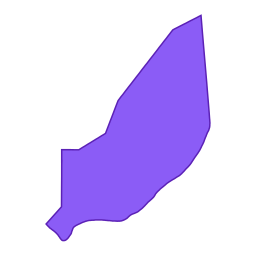 Zamakh wa Manwokh, Hadramawt, Yemen (Albers equal-area conic projection)
{"feature_id": "15242507B25520584620075", "entity_name": "Zamakh wa Manwokh", "entity_type": "district", "adm_level": 2, "iso_a3": "YEM", "parent_name": "Yemen", "parent_adm1": "Hadramawt", "projection": "albers", "projection_center": [47.768, 17.17], "detail": "fine", "context": "isolated", "style": "filled", "palette": "violet", "viewbox_px": 256, "rotation_deg": 0, "n_neighbors": 0, "source": "geoboundaries", "source_scale": "gbopen_adm2", "svg_char_len": 5521}
<svg xmlns="http://www.w3.org/2000/svg" viewBox="0 0 256 256"><path d="M46.1,224.0L47.4,225.5L47.7,225.8L48.4,226.5L48.9,227.0L49.1,227.1L49.4,227.6L50.0,228.1L50.6,228.5L51.2,229.0L51.7,229.4L52.3,229.8L52.9,230.2L52.9,230.3L53.4,230.6L54.0,231.1L54.5,231.5L55.1,232.0L55.7,232.6L56.3,233.1L56.8,233.7L57.4,234.3L57.8,234.8L58.1,235.1L58.2,235.3L58.7,236.1L59.2,236.7L59.6,237.3L59.7,237.5L60.0,237.9L60.1,238.1L60.3,238.4L60.6,238.8L60.8,239.0L61.4,239.7L61.9,240.2L62.1,240.3L62.5,240.5L63.2,240.6L63.9,240.6L64.6,240.5L65.2,240.3L65.3,240.3L65.8,240.0L66.3,239.7L66.9,239.2L67.5,238.6L68.0,238.1L68.4,237.6L68.8,237.0L69.7,235.7L70.1,235.2L70.5,234.6L70.7,234.4L70.9,234.0L71.3,233.3L71.5,232.6L71.6,232.0L71.8,231.4L72.1,230.7L72.3,230.1L72.4,229.8L72.6,229.4L72.8,228.6L73.1,228.1L73.5,227.5L73.7,227.2L74.0,227.0L74.4,226.6L75.0,226.2L75.3,226.0L75.6,225.8L76.2,225.4L76.8,225.1L77.1,225.0L78.0,224.5L78.2,224.4L78.6,224.2L79.4,223.9L79.9,223.7L80.2,223.5L80.9,223.2L81.4,222.9L81.6,222.8L82.4,222.5L82.8,222.3L83.0,222.2L83.7,222.0L84.0,221.9L84.3,221.8L85.1,221.5L85.8,221.2L86.4,221.1L87.0,220.9L87.9,220.7L88.3,220.6L88.7,220.5L89.6,220.4L90.3,220.4L91.0,220.3L92.0,220.2L92.3,220.2L92.6,220.2L93.4,220.2L94.1,220.1L94.4,220.1L94.9,220.0L95.9,219.9L97.0,219.9L97.6,219.9L98.2,219.9L98.4,219.9L99.2,219.9L100.1,219.9L100.9,219.9L101.5,219.9L102.5,220.0L103.2,220.1L103.9,220.1L104.8,220.2L105.5,220.3L106.3,220.4L107.0,220.4L107.3,220.5L107.7,220.5L108.1,220.5L108.4,220.6L109.0,220.6L109.8,220.6L110.4,220.7L111.2,220.8L111.5,220.8L112.0,220.9L112.4,221.0L112.7,221.0L113.5,221.0L114.0,221.0L114.3,221.0L114.9,221.0L115.1,221.0L115.9,221.1L116.3,221.1L116.7,221.1L117.5,221.2L117.9,221.1L118.2,221.1L118.9,221.1L119.0,221.1L119.8,221.1L120.4,221.0L120.5,221.0L120.8,221.0L121.2,220.9L121.8,220.8L122.5,220.5L123.2,220.3L123.8,220.0L124.6,219.7L125.4,219.2L126.0,218.9L126.6,218.5L127.2,218.1L127.8,217.5L128.4,216.9L128.5,216.8L128.9,216.4L129.4,216.0L130.0,215.5L130.4,215.1L130.5,215.1L131.2,214.7L131.9,214.3L133.1,213.8L133.5,213.7L133.9,213.5L134.2,213.4L134.6,213.3L135.2,213.0L135.8,212.7L136.4,212.5L137.0,212.2L137.6,211.9L138.2,211.5L138.8,211.0L139.3,210.6L139.9,210.1L140.5,209.6L141.1,209.2L141.3,209.0L141.8,208.6L142.4,208.1L142.6,207.9L142.9,207.6L143.4,207.1L144.0,206.5L144.5,206.0L145.0,205.5L145.5,204.9L146.1,204.3L146.6,203.8L147.0,203.3L147.3,203.0L147.5,202.8L148.0,202.2L148.6,201.7L149.2,201.2L149.8,200.7L150.3,200.2L150.9,199.7L151.5,199.2L152.0,198.7L152.6,198.1L152.9,197.8L153.2,197.6L153.7,197.0L154.1,196.4L154.6,195.7L154.9,195.2L155.1,194.8L155.2,194.5L155.3,194.4L155.6,193.9L155.7,193.7L156.0,193.4L156.5,192.8L157.0,192.2L157.7,191.5L158.1,191.1L158.5,190.7L159.1,190.2L159.7,189.6L160.1,189.1L160.7,188.6L161.2,188.2L161.7,187.8L162.3,187.3L162.9,186.8L163.3,186.6L163.5,186.4L164.1,185.8L164.7,185.4L165.2,184.9L165.7,184.5L166.3,183.9L166.8,183.5L167.3,183.1L167.9,182.7L168.6,182.2L168.8,182.1L169.1,181.9L169.5,181.6L169.9,181.4L170.3,181.1L170.5,181.0L170.8,180.8L171.6,180.3L172.1,180.0L172.7,179.6L173.3,179.3L173.6,179.1L173.9,179.0L174.7,178.5L175.3,178.1L176.0,177.6L176.6,177.2L177.1,176.9L177.7,176.6L177.8,176.5L178.3,176.2L178.5,176.1L178.8,175.9L179.4,175.6L180.0,175.1L180.5,174.6L181.1,174.1L181.6,173.7L182.2,173.0L182.7,172.5L183.3,171.9L183.8,171.4L184.2,171.0L184.4,170.7L184.7,170.4L185.2,169.8L185.7,169.2L186.2,168.7L186.8,168.1L187.3,167.6L187.8,167.1L188.4,166.5L188.8,166.0L188.9,165.9L189.3,165.5L189.7,165.0L190.2,164.4L190.3,164.3L190.6,163.8L191.1,163.2L191.5,162.5L192.0,161.8L192.4,161.1L192.9,160.4L193.0,160.3L193.3,159.7L193.8,159.0L193.9,158.8L194.3,158.2L194.7,157.6L195.2,156.9L195.6,156.3L196.0,155.8L196.4,155.2L196.9,154.5L197.1,154.2L197.4,153.8L197.9,153.1L198.2,152.6L198.3,152.4L198.7,151.8L199.1,151.2L199.5,150.6L199.8,150.0L200.2,149.3L200.6,148.5L200.9,147.9L201.2,147.3L201.5,146.7L201.8,145.9L202.2,145.2L202.5,144.7L202.8,144.0L203.1,143.4L203.4,142.7L203.5,142.6L203.8,141.8L204.1,141.1L204.3,140.5L204.5,139.8L204.8,139.1L204.9,138.8L205.1,138.4L205.3,137.7L205.6,137.1L205.9,136.5L206.2,135.7L206.5,134.8L206.8,134.1L207.1,133.4L207.4,132.6L207.7,132.1L207.9,131.8L208.2,131.2L208.6,130.5L208.8,130.0L208.8,129.8L209.0,129.3L209.1,129.0L209.2,128.7L209.4,128.0L209.6,127.3L209.7,126.7L209.7,126.4L209.8,125.7L209.8,125.3L209.8,125.0L209.8,124.4L209.9,123.7L209.9,123.0L209.9,122.8L209.9,122.3L209.8,121.6L209.8,120.8L209.7,120.2L209.7,119.5L209.6,118.8L209.1,111.9L207.3,90.0L206.7,82.5L202.4,32.4L201.0,15.4L198.8,16.5L196.8,17.6L194.6,18.7L192.4,19.8L190.2,20.9L188.1,22.0L185.9,23.2L183.6,24.3L181.9,25.2L179.5,26.4L177.2,27.6L175.0,28.7L172.8,29.9L171.3,31.8L169.8,33.8L168.2,35.8L166.5,38.1L165.2,39.7L163.7,41.6L162.2,43.6L160.6,45.6L159.1,47.5L157.7,49.4L156.1,51.5L154.6,53.4L153.1,55.4L151.5,57.4L150.0,59.3L148.5,61.3L147.0,63.3L145.5,65.1L143.9,67.2L142.4,69.1L140.8,71.2L139.4,73.1L137.9,75.0L136.3,77.0L134.8,79.0L133.3,80.9L131.8,82.9L130.3,84.8L128.7,86.8L127.2,88.8L125.7,90.7L124.2,92.7L122.7,94.7L121.1,96.6L119.6,98.6L118.1,100.6L116.3,105.2L114.5,109.9L113.6,112.3L111.8,117.0L110.0,121.6L109.1,124.0L107.3,128.7L105.5,133.4L103.6,134.6L101.7,135.7L99.8,136.9L97.9,138.1L96.0,139.2L94.1,140.4L92.1,141.6L90.2,142.8L88.3,143.9L86.4,145.1L84.5,146.3L82.6,147.4L80.7,148.6L78.8,149.8L74.4,149.8L70.1,149.7L68.0,149.7L65.6,149.7L61.7,149.7L61.7,149.8L61.7,161.6L61.8,161.5L61.7,165.0L61.7,170.3L61.7,176.4L61.6,188.1L61.5,206.8L46.1,224.0Z" fill="#8b5cf6" stroke="#5b21b6" stroke-width="1.5"/></svg>